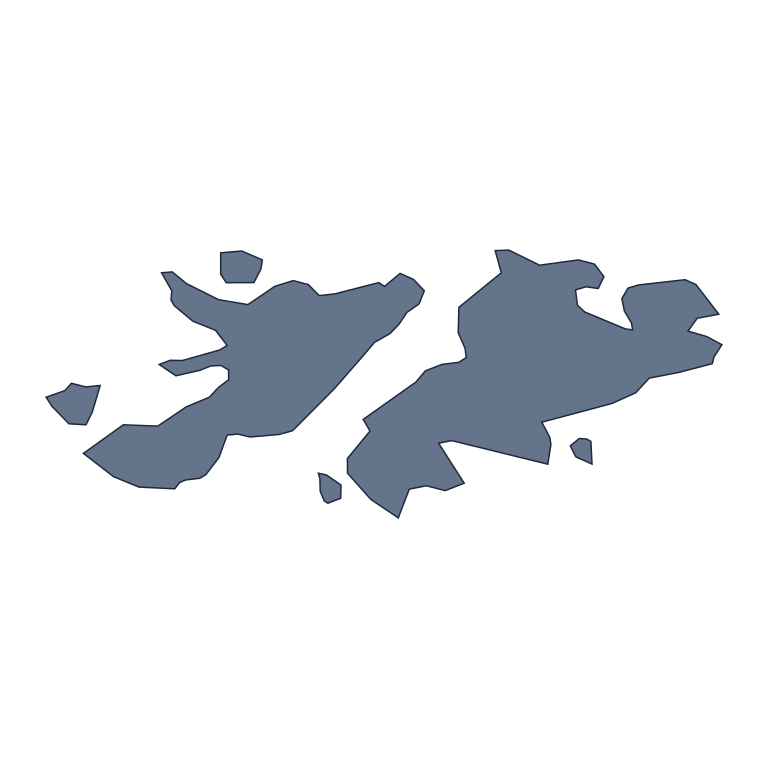 outline of Falkland Islands
{"feature_id": "FLK", "entity_name": "Falkland Islands", "entity_type": "country or territory", "adm_level": 0, "iso_a3": "FLK", "parent_name": "South America", "parent_adm1": "", "projection": "natural_earth1", "projection_center": [-59.536, -51.789], "detail": "fine", "context": "isolated", "style": "filled", "palette": "slate", "viewbox_px": 768, "rotation_deg": 0, "n_neighbors": 0, "source": "natural_earth", "source_scale": "50m", "svg_char_len": 1915}
<svg xmlns="http://www.w3.org/2000/svg" viewBox="0 0 768 768"><path d="M508.8,250.1L539.6,265.2L578.3,259.9L594.5,264.1L603.9,276.7L598.2,288.5L586.0,286.8L575.5,289.9L577.5,305.3L584.6,311.9L625.3,328.9L632.7,329.9L631.4,322.8L624.4,311.1L621.9,298.6L628.0,288.1L638.7,284.9L685.2,279.7L696.0,284.6L718.8,314.2L697.2,318.3L688.0,331.1L706.9,336.6L721.9,344.7L713.9,357.2L712.4,363.6L678.9,372.4L649.3,378.1L635.7,392.8L611.8,403.5L541.8,422.2L549.8,437.3L550.9,444.5L547.8,464.2L451.6,440.6L438.6,443.2L464.2,483.2L445.2,490.6L426.4,485.8L409.3,489.1L398.3,517.9L370.9,499.5L347.5,473.2L347.4,458.5L370.0,431.0L363.2,419.4L416.0,382.0L425.4,370.8L441.9,364.4L459.0,362.3L466.2,357.5L465.1,348.4L458.2,332.7L458.9,307.3L501.3,272.8L495.2,250.6L508.8,250.1ZM218.7,299.7L247.9,304.6L274.7,286.4L293.2,280.6L308.4,284.6L319.2,295.6L334.8,293.9L378.8,282.6L384.5,286.4L400.1,273.4L413.6,279.5L424.3,290.8L419.0,304.0L406.9,312.4L399.1,324.1L390.1,333.5L374.6,342.3L362.7,356.3L334.1,389.0L292.6,430.7L278.9,434.5L250.2,437.0L237.8,434.1L227.2,435.1L218.9,457.6L205.8,474.7L199.7,478.3L186.0,479.9L179.6,482.5L174.7,488.8L139.0,487.1L113.6,476.7L83.4,453.4L123.3,424.8L157.8,426.1L186.2,406.9L209.3,397.2L218.5,387.4L228.6,379.8L228.6,369.9L220.9,365.5L210.5,366.0L200.1,370.3L175.9,375.8L159.2,364.5L170.2,360.3L182.4,360.5L219.9,349.9L227.1,345.4L215.5,330.3L192.8,321.2L174.4,305.8L171.0,300.0L171.8,290.9L161.6,272.8L172.2,271.9L186.5,283.6L218.7,299.7ZM71.4,383.3L85.8,386.9L100.2,385.5L92.3,412.0L86.0,424.8L69.0,423.8L52.0,406.4L46.1,397.2L64.8,390.6L71.4,383.3ZM253.9,282.6L226.2,282.7L220.7,274.2L220.7,252.8L241.7,251.0L262.3,259.9L261.0,268.9L253.9,282.6ZM340.7,498.3L327.9,503.2L324.3,501.0L320.2,491.3L319.9,478.8L318.4,473.2L326.5,475.0L341.0,485.0L340.7,498.3ZM590.9,441.4L592.0,464.1L575.9,456.9L570.3,445.9L579.2,438.5L586.6,439.0L590.9,441.4Z" fill="#64748b" stroke="#1e293b" stroke-width="1.5"/></svg>